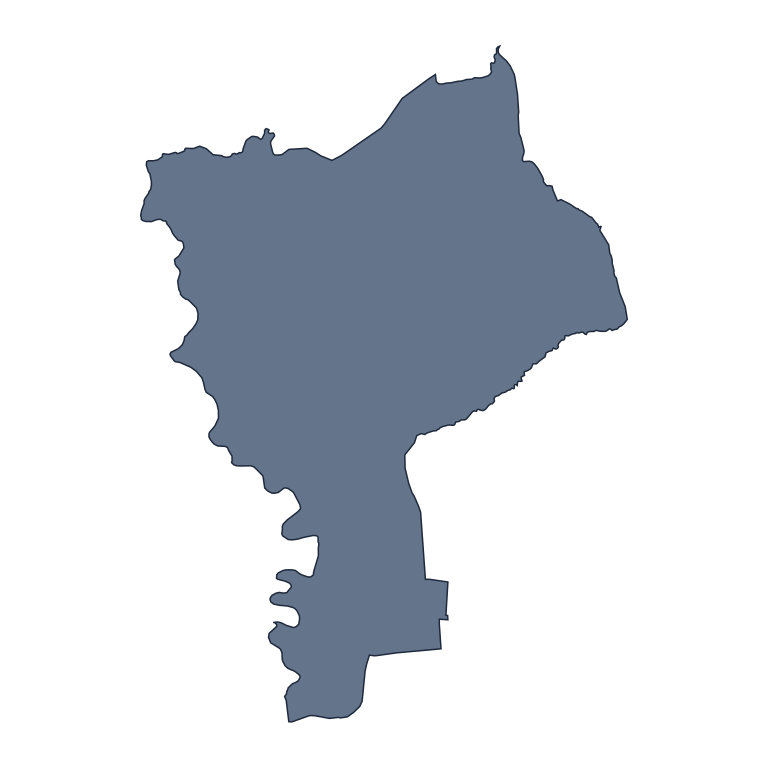 Progreso de Obregón, Hidalgo, Mexico (Mercator projection)
{"feature_id": "50627088B79167311064523", "entity_name": "Progreso de Obregón", "entity_type": "district", "adm_level": 2, "iso_a3": "MEX", "parent_name": "Mexico", "parent_adm1": "Hidalgo", "projection": "mercator", "projection_center": [-99.182, 20.304], "detail": "fine", "context": "isolated", "style": "filled", "palette": "slate", "viewbox_px": 768, "rotation_deg": 0, "n_neighbors": 0, "source": "geoboundaries", "source_scale": "gbopen_adm2", "svg_char_len": 6090}
<svg xmlns="http://www.w3.org/2000/svg" viewBox="0 0 768 768"><path d="M599.5,331.2L605.1,331.4L606.6,330.9L609.0,329.1L610.5,329.0L612.1,330.5L614.3,329.6L617.2,329.1L619.5,326.6L621.2,326.0L623.8,323.8L627.3,319.4L625.2,306.6L619.7,292.8L616.3,277.9L614.9,276.5L613.8,272.8L614.1,271.0L612.3,263.6L612.1,259.5L611.2,256.0L609.8,253.2L608.7,244.8L599.8,230.3L601.1,226.6L600.7,226.4L598.8,227.1L597.6,224.2L596.2,223.1L591.7,217.4L589.3,216.4L582.4,211.3L579.3,210.0L578.0,208.7L576.2,208.4L570.0,204.2L560.9,199.6L557.5,201.0L553.0,190.1L552.1,186.3L550.3,185.7L546.9,185.7L545.2,184.2L543.4,181.6L543.5,179.5L542.3,176.4L537.8,168.4L534.1,163.6L532.0,161.9L529.5,161.2L523.5,161.6L522.4,160.5L522.6,157.0L523.8,153.6L524.1,150.5L520.9,137.6L519.1,133.4L518.2,115.6L518.7,112.1L517.5,94.3L514.9,77.4L514.3,74.5L510.1,65.7L506.4,60.9L499.8,54.9L498.7,53.3L498.2,51.6L498.4,48.7L499.7,46.1L497.9,46.9L496.5,48.6L496.6,52.3L496.2,54.0L494.6,54.8L494.1,56.9L495.2,59.9L494.5,62.9L492.7,63.2L491.4,62.8L490.6,63.9L491.0,66.1L490.8,69.0L491.6,71.8L490.7,73.5L488.2,75.8L482.8,77.5L479.5,78.0L474.4,77.7L472.1,79.2L466.5,79.5L462.0,81.0L457.7,81.3L451.0,82.8L446.4,83.1L442.4,84.0L440.4,84.0L438.4,83.7L436.2,81.4L435.4,74.5L428.8,78.8L402.2,98.4L385.1,123.3L381.1,128.1L341.8,155.3L332.0,160.4L320.7,155.8L315.7,152.5L307.1,148.3L288.9,149.4L282.4,154.3L280.4,154.9L275.0,155.1L273.6,154.1L272.8,152.7L270.5,143.5L271.0,141.0L274.5,136.0L274.3,134.3L273.0,132.9L270.3,133.5L268.7,133.0L268.2,131.6L269.0,130.4L268.9,129.6L266.1,128.6L264.6,130.2L264.6,133.3L262.1,138.5L261.3,139.1L260.4,139.2L257.4,137.0L252.9,136.3L251.5,136.6L247.0,139.7L245.9,141.1L243.1,148.8L242.8,151.3L242.1,152.2L240.2,152.9L239.3,152.6L237.0,154.1L234.2,153.4L232.3,154.0L231.5,155.6L229.9,156.7L226.4,157.3L223.4,156.7L221.7,155.6L213.2,154.8L206.3,148.7L199.7,146.2L193.5,148.5L185.7,148.3L185.0,148.9L184.5,150.7L183.6,151.4L178.5,153.4L177.1,153.5L176.3,152.7L175.2,152.4L168.6,154.4L163.1,153.7L162.5,154.5L162.2,156.9L157.6,159.9L153.2,160.8L148.6,160.7L146.7,161.7L146.3,165.0L148.3,171.6L149.8,173.7L151.4,181.3L151.4,185.1L150.6,189.6L149.2,191.1L148.5,193.4L145.1,198.3L144.1,200.6L144.1,203.6L141.6,210.6L140.7,215.6L141.3,217.4L141.3,219.3L142.8,220.6L146.0,221.5L151.5,221.6L155.8,219.9L158.9,219.3L160.6,219.4L163.1,220.8L165.7,221.1L166.6,222.2L166.6,223.5L169.7,227.3L171.4,230.2L172.4,232.9L174.5,236.0L178.2,240.2L181.8,241.2L182.5,241.8L183.4,243.9L183.9,247.9L178.8,256.1L175.3,258.8L174.5,259.9L175.2,264.3L176.6,266.5L178.8,268.8L179.9,271.0L180.2,273.0L177.7,281.1L178.9,289.8L180.4,292.2L180.5,294.4L182.9,297.1L185.7,299.1L187.4,299.5L189.5,301.0L196.0,307.5L196.6,308.4L198.0,313.4L197.8,319.6L196.3,323.2L192.6,328.8L188.5,332.8L186.9,335.1L184.8,336.6L184.0,340.8L182.4,344.6L179.3,347.8L177.6,349.0L170.8,352.4L170.0,354.2L170.5,355.8L174.1,360.8L175.4,361.7L179.7,362.4L190.9,367.3L196.4,371.4L201.9,377.8L203.3,381.9L205.1,389.7L206.3,392.4L212.5,396.4L214.8,399.5L217.0,404.1L218.4,410.4L218.5,418.1L214.9,426.0L209.6,432.2L209.0,433.9L209.0,437.1L210.2,439.4L212.2,442.0L214.3,444.2L217.9,446.0L225.4,446.4L227.6,447.7L228.7,450.6L232.0,456.1L232.1,460.4L231.6,462.7L233.7,464.7L236.2,465.7L240.6,466.0L251.0,465.8L253.8,466.9L255.7,468.5L262.4,475.3L263.1,476.6L264.7,488.0L267.9,491.1L271.9,493.1L274.4,493.2L278.2,492.5L283.5,488.4L285.0,487.8L288.2,488.5L293.5,492.4L299.9,504.7L300.5,507.7L300.3,509.1L297.4,512.1L287.3,519.8L283.1,524.2L282.3,526.6L282.4,529.7L281.8,533.7L282.6,535.8L288.1,539.5L292.1,539.9L298.2,539.0L303.2,537.5L313.0,535.5L316.3,535.7L317.2,536.1L318.1,537.3L318.1,541.5L318.9,544.1L318.3,547.7L318.4,555.8L313.7,571.6L313.3,574.9L310.7,577.0L307.7,576.9L301.7,574.8L299.1,573.4L295.5,570.5L291.7,569.8L285.5,569.9L282.6,570.7L278.4,572.8L276.8,574.6L276.5,578.3L277.9,579.3L285.2,581.2L289.7,583.2L291.3,585.6L291.2,587.2L286.7,592.7L283.2,593.1L279.3,592.4L275.6,593.3L271.9,595.5L270.4,597.7L270.0,599.2L270.8,601.9L273.7,604.1L279.4,605.3L287.5,606.0L293.2,607.6L294.9,608.6L296.8,610.5L299.4,615.8L299.6,619.0L298.7,624.3L296.2,626.6L294.5,627.4L292.9,627.4L286.4,625.4L281.2,622.8L277.8,622.0L273.3,622.4L275.2,623.0L276.5,624.4L276.8,626.3L269.2,633.3L268.5,637.4L270.7,642.8L279.4,648.2L280.6,649.4L282.0,653.0L282.2,659.1L282.8,661.4L285.1,665.7L287.9,668.4L294.6,671.2L298.8,674.5L300.0,676.2L300.0,677.5L298.3,680.7L296.0,682.3L292.5,683.7L288.2,687.8L287.5,690.2L286.9,691.0L286.3,694.2L284.6,696.4L286.2,700.3L288.8,721.7L291.8,721.9L308.7,715.9L311.1,715.5L315.3,715.8L329.4,718.4L338.3,717.4L340.5,717.9L347.5,716.8L353.7,712.3L359.7,706.5L362.1,701.3L365.1,671.2L366.5,664.6L369.4,655.1L374.3,655.8L376.9,655.6L396.2,652.9L441.0,648.8L439.3,623.9L439.3,619.2L447.9,619.8L447.6,615.5L445.9,615.3L447.9,582.0L429.4,579.3L425.4,579.3L420.6,512.3L418.5,506.1L414.1,496.0L412.0,492.7L408.6,483.0L405.1,468.2L404.8,454.9L414.5,442.7L416.7,435.7L421.2,433.6L424.9,434.5L426.6,433.2L429.6,432.1L433.4,430.9L436.3,430.7L437.3,429.7L439.3,428.8L440.1,427.7L443.0,426.5L448.5,425.0L453.7,425.3L454.8,424.4L455.6,422.1L459.5,421.3L460.9,420.0L465.0,419.8L466.6,418.8L472.7,411.5L474.2,410.9L476.6,411.3L477.0,409.8L477.8,409.4L479.0,409.4L479.9,410.1L483.1,410.6L485.5,409.3L488.6,405.5L491.0,403.7L492.3,403.8L493.8,402.2L494.5,401.1L494.0,398.8L494.8,397.1L496.3,396.1L498.3,395.7L501.9,393.0L505.2,392.2L508.1,390.3L510.1,389.9L511.7,388.2L513.9,388.7L514.2,388.3L514.4,385.1L515.1,384.6L516.1,384.6L517.2,385.5L517.7,381.7L518.4,381.3L521.9,381.3L522.0,380.7L521.0,378.0L521.2,377.1L524.5,375.3L524.1,372.2L524.4,371.6L527.0,370.9L529.8,369.3L531.4,367.8L532.9,363.9L536.6,363.7L539.5,360.9L545.1,356.8L546.0,352.9L549.2,351.3L552.0,350.6L552.9,348.5L553.6,348.1L555.2,349.0L556.3,349.0L557.3,348.4L558.1,347.6L558.4,346.5L557.9,345.3L558.7,343.4L561.5,340.2L563.5,340.0L564.2,339.6L564.9,338.0L564.8,336.1L565.2,335.6L568.3,335.9L572.3,334.0L575.4,333.5L576.4,332.7L579.0,333.0L581.7,332.1L583.0,332.3L585.0,334.1L586.3,334.5L587.4,332.3L589.5,331.5L593.6,331.5L596.4,330.3L599.5,331.2Z" fill="#64748b" stroke="#1e293b" stroke-width="1.5"/></svg>